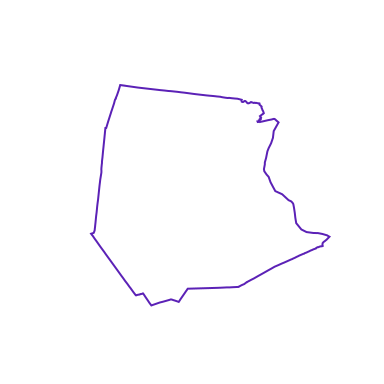 the district of Valea Ramnicului, Buzau, Romania, rotated 48°
{"feature_id": "2599482B35359863069359", "entity_name": "Valea Ramnicului", "entity_type": "district", "adm_level": 2, "iso_a3": "ROU", "parent_name": "Romania", "parent_adm1": "Buzau", "projection": "robinson", "projection_center": [27.043, 45.336], "detail": "fine", "context": "isolated", "style": "outline", "palette": "violet", "viewbox_px": 384, "rotation_deg": 48, "n_neighbors": 0, "source": "geoboundaries", "source_scale": "gbopen_adm2", "svg_char_len": 5006}
<svg xmlns="http://www.w3.org/2000/svg" viewBox="0 0 384 384"><g transform="rotate(48 192 192)"><path d="M295.7,211.9L295.8,211.7L295.8,211.2L296.1,209.8L296.4,208.7L296.8,207.0L297.7,203.7L297.9,202.7L298.8,198.5L299.0,197.7L300.0,193.3L301.3,187.4L302.0,184.4L302.8,180.6L304.2,176.5L304.5,175.5L305.4,172.7L306.1,170.8L306.8,168.6L307.2,167.4L308.4,163.6L308.9,162.4L309.0,161.8L309.1,161.5L309.9,159.0L310.0,158.5L310.1,158.0L310.2,157.7L310.3,157.4L310.4,157.0L310.6,156.5L311.0,154.9L312.5,150.5L312.9,149.8L312.9,149.1L313.2,148.4L313.4,147.9L313.6,147.4L314.0,146.0L314.5,144.5L314.6,144.1L314.8,143.2L315.2,142.2L315.6,141.1L315.8,140.2L316.4,138.9L316.6,138.3L316.8,137.8L316.9,137.6L316.8,137.4L316.7,137.2L316.8,136.7L316.9,136.2L317.0,135.9L317.0,135.7L317.4,135.3L317.6,134.9L317.7,134.7L317.8,134.3L317.9,133.9L318.1,133.5L318.2,133.2L318.5,132.7L318.8,132.4L318.9,132.2L319.1,131.9L319.3,131.7L319.4,131.4L319.4,131.1L319.5,130.9L319.3,130.8L319.0,130.7L318.7,130.5L318.3,130.2L317.4,129.1L317.2,127.7L317.4,125.8L317.4,125.0L317.5,124.1L317.3,121.2L317.2,119.8L316.0,120.2L314.6,120.6L312.5,121.9L310.4,123.2L306.8,125.9L303.7,129.2L298.4,133.7L293.0,135.8L284.9,135.4L280.2,132.4L276.3,129.6L271.9,126.7L269.1,125.0L268.2,124.6L266.6,124.5L265.2,124.6L262.7,125.7L259.4,126.0L254.0,126.5L247.1,129.5L242.9,128.5L237.3,127.1L233.2,125.4L232.0,124.9L229.0,124.9L225.0,124.4L223.1,123.2L220.3,119.5L218.7,118.0L216.3,114.2L212.2,108.7L210.7,105.7L208.7,100.6L205.9,95.6L201.4,90.5L198.2,81.1L197.3,81.2L195.1,81.5L194.7,81.5L193.8,81.6L193.2,81.7L192.9,81.8L192.7,82.0L192.4,82.3L192.0,83.0L191.5,84.1L189.4,87.6L186.7,92.5L185.9,93.8L185.8,94.0L185.6,94.4L185.4,94.3L184.0,96.3L183.4,96.1L183.8,95.5L184.6,94.4L183.5,94.2L183.6,93.7L183.9,92.6L183.2,92.6L183.3,91.6L182.7,91.5L182.7,90.8L181.1,90.7L181.4,86.9L181.5,86.9L181.5,85.9L179.4,85.0L178.5,84.9L177.4,84.4L175.8,83.9L175.1,83.1L174.6,83.1L174.1,83.2L173.4,83.2L172.3,83.4L172.1,83.3L171.5,82.7L171.4,82.6L171.2,82.7L171.2,82.8L170.9,83.0L170.7,83.2L170.4,83.4L170.1,83.7L169.8,83.9L169.4,84.2L168.9,84.5L168.6,84.8L168.5,85.0L168.4,85.0L168.2,85.2L168.0,85.4L167.8,85.6L167.6,85.7L167.5,85.8L167.5,86.0L167.4,86.1L167.2,86.5L166.9,86.7L166.5,86.9L166.0,87.2L165.6,87.4L165.4,87.5L165.2,87.6L165.2,87.8L165.0,88.0L164.9,88.0L164.6,88.1L164.5,88.3L164.5,88.5L164.5,88.9L164.4,89.3L164.4,89.6L164.3,89.9L164.1,90.2L164.0,90.3L164.0,90.5L163.9,90.7L163.4,91.2L163.1,91.3L162.8,91.4L161.4,91.3L160.6,91.4L160.1,91.5L159.7,91.8L159.5,92.2L159.4,92.9L159.5,93.3L159.2,93.9L158.9,94.2L158.5,94.5L158.1,94.6L157.5,94.2L157.1,94.1L156.9,93.9L156.8,93.6L156.7,93.4L153.1,95.8L151.1,97.7L148.8,99.8L146.7,101.6L146.5,102.0L146.0,102.6L144.5,103.9L142.3,105.7L141.0,106.7L140.2,107.2L137.6,109.6L136.1,110.9L133.9,112.9L132.2,114.5L131.0,115.6L129.8,116.7L129.0,117.4L128.2,118.1L126.4,119.7L125.5,120.5L123.8,122.0L122.0,123.6L119.8,125.5L115.9,128.8L113.2,131.1L110.4,133.6L109.1,134.7L107.7,135.9L103.7,139.5L102.4,140.7L101.2,141.9L98.0,144.7L94.3,148.1L93.7,148.6L78.1,162.4L73.2,166.5L64.5,173.8L67.4,178.5L70.0,183.2L71.2,185.8L71.7,186.1L71.7,186.5L71.7,186.8L71.8,187.2L72.3,188.1L74.1,190.8L74.6,191.7L77.8,197.3L78.1,197.9L78.7,198.9L78.9,199.2L80.0,201.1L83.5,207.1L86.7,212.4L87.0,212.9L86.5,213.5L87.1,214.2L90.0,217.4L90.4,217.8L91.1,218.6L93.2,220.9L99.0,227.3L101.7,230.3L106.3,235.3L109.0,238.4L110.2,239.5L111.4,240.9L112.5,242.1L113.4,243.1L114.2,243.9L114.7,244.4L115.0,244.6L115.6,245.1L116.8,246.2L117.3,246.8L119.8,249.9L121.4,251.9L123.0,253.7L125.6,256.7L134.8,266.9L137.6,270.2L139.9,272.8L141.3,274.3L143.3,276.5L145.7,279.3L147.8,281.6L149.9,283.9L152.5,286.8L152.9,287.2L153.1,287.5L153.7,288.1L153.9,288.4L155.2,289.8L155.7,290.6L155.9,291.0L156.2,291.5L156.6,292.5L155.5,294.9L156.2,295.0L157.6,295.1L158.2,295.1L159.6,295.3L161.7,295.6L162.7,295.7L164.7,295.9L168.0,296.3L171.3,296.7L177.3,297.3L177.5,297.3L180.5,297.7L185.3,298.2L186.3,298.3L201.3,299.9L207.6,300.6L208.9,300.7L210.7,300.9L212.3,301.1L213.1,301.2L217.1,301.5L220.5,301.9L222.2,302.0L223.1,302.1L226.6,302.5L230.0,302.8L230.6,302.8L231.1,302.9L231.3,302.8L231.5,302.6L231.6,302.3L231.6,302.0L231.7,301.8L231.9,301.5L232.1,301.2L232.3,300.7L232.6,300.4L232.8,300.0L233.1,299.6L233.1,299.3L233.2,299.1L233.3,299.0L233.4,298.8L233.4,298.6L233.6,298.4L233.7,298.1L233.8,298.0L233.9,297.8L234.1,297.5L234.3,297.2L234.4,296.9L234.4,296.6L234.5,296.3L235.3,296.3L236.7,296.5L239.3,296.9L243.8,297.5L245.6,297.8L249.1,298.1L252.6,289.8L253.8,287.6L255.1,285.0L257.2,280.7L257.6,279.7L257.9,279.4L258.1,279.2L258.6,278.9L259.1,278.6L259.7,278.3L261.0,277.5L263.3,276.2L264.8,275.4L264.4,273.8L264.0,272.4L263.1,268.6L262.3,265.2L261.6,262.4L261.5,261.8L261.0,259.9L275.1,243.3L280.6,236.8L283.0,233.9L284.7,231.8L286.0,230.2L287.8,228.2L290.6,224.7L293.7,220.9L293.6,220.6L293.8,220.2L293.9,219.7L294.4,217.6L295.0,215.8L295.2,215.3L295.4,214.6L295.4,214.4L295.5,213.1L295.6,211.9L295.7,211.9Z" fill="none" stroke="#5b21b6" stroke-width="2"/></g></svg>